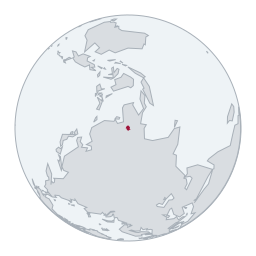 Phôngsali highlighted on a globe, orthographic projection, rotated 205°
{"feature_id": "LAO-3291", "entity_name": "Phôngsali", "entity_type": "Province", "adm_level": 1, "iso_a3": "LAO", "parent_name": "Laos", "parent_adm1": "", "projection": "orthographic", "projection_center": [102.249, 21.683], "detail": "fine", "context": "on_globe", "style": "filled", "palette": "rose", "viewbox_px": 256, "rotation_deg": 205, "n_neighbors": 0, "source": "natural_earth", "source_scale": "10m", "svg_char_len": 10863}
<svg xmlns="http://www.w3.org/2000/svg" viewBox="0 0 256 256"><g transform="rotate(205 128 128)"><circle cx="128" cy="128" r="113" fill="#eef3f6" stroke="#a8b0b8"/><path d="M233.8,165.5L233.6,166.1L233.5,166.3L233.8,165.5ZM179.1,27.6L177.5,26.9L179.3,29.4L183.5,32.2L179.7,30.3L190.2,37.5L193.5,41.6L187.5,35.8L185.1,34.4L186.3,36.4L184.1,35.5L183.4,36.0L180.7,34.8L177.4,31.9L175.6,31.1L176.5,32.7L174.4,32.7L173.4,30.5L169.5,30.4L163.3,26.2L162.7,22.6L157.0,20.5L150.4,17.7L148.8,17.4L145.2,16.7L142.0,16.3L141.7,16.2L139.4,16.0L140.3,16.2L139.6,16.2L137.8,16.1L137.1,15.8L137.9,15.9L136.7,15.7L137.2,15.7L135.9,15.7L135.5,15.6L144.6,16.6L153.5,18.3L162.3,20.7L170.8,23.8L179.1,27.6ZM134.6,15.6L133.2,15.5L130.5,15.4L134.6,15.6ZM231.4,83.4L231.2,82.8L231.4,83.4ZM187.0,34.7L186.1,33.6L187.7,35.0L187.0,34.7ZM183.8,36.3L184.7,37.0L184.0,37.1L183.8,36.3ZM179.2,35.3L177.6,35.4L178.6,34.8L179.2,35.3ZM176.4,35.1L172.8,35.5L174.6,36.9L167.5,33.5L172.9,34.0L173.8,33.0L174.7,34.2L176.4,35.1ZM141.4,16.3L140.3,16.1L142.9,16.5L141.4,16.3ZM143.2,16.6L152.0,18.2L152.6,18.7L149.5,17.9L151.7,18.9L147.7,18.2L145.6,17.6L146.0,17.4L144.1,17.4L143.2,16.6ZM164.2,31.7L162.8,31.5L163.6,31.2L164.2,31.7ZM139.5,16.3L141.2,16.5L141.9,16.8L138.6,16.5L139.4,16.5L139.5,16.3ZM154.2,19.5L154.1,19.9L150.8,19.5L150.4,19.6L147.6,18.3L154.2,19.5ZM138.4,16.3L136.9,16.4L134.9,16.2L137.9,16.1L138.4,16.3ZM143.5,17.1L143.6,17.3L142.5,17.1L143.5,17.1ZM127.1,15.7L129.2,15.7L129.7,15.9L127.1,15.7ZM136.5,16.5L137.1,16.6L137.6,16.7L136.2,16.7L136.5,16.5ZM145.5,18.2L144.1,18.0L146.5,18.7L144.1,18.5L142.7,17.8L142.3,18.0L141.6,18.0L141.2,17.5L145.5,18.2ZM136.1,17.2L133.6,16.5L129.6,16.3L129.1,16.1L135.5,16.4L136.1,17.2ZM139.2,17.4L137.2,17.2L137.5,16.9L139.0,16.9L139.2,17.4ZM143.0,18.8L147.0,19.2L147.1,19.3L143.0,18.8ZM134.9,17.2L135.6,17.4L134.6,17.2L134.9,17.2ZM140.5,18.3L141.8,18.4L142.0,18.5L140.5,18.3ZM135.7,17.8L134.9,17.5L135.9,17.4L135.7,17.8ZM137.9,18.1L137.7,18.3L136.8,17.6L138.4,18.0L137.9,18.1ZM140.4,18.5L140.9,18.6L139.8,18.4L140.4,18.5ZM132.3,18.4L130.9,17.5L133.2,17.3L134.3,18.1L132.3,18.4ZM40.1,57.6L38.8,59.2L38.6,62.9L37.9,64.5L34.4,68.6L31.4,79.5L34.6,76.9L35.4,84.5L38.2,87.2L45.4,79.1L40.9,74.4L43.6,69.2L50.0,69.1L54.5,73.8L55.7,72.0L55.8,65.8L59.8,63.9L56.2,63.5L55.4,65.8L53.1,65.8L53.7,63.7L55.1,63.0L54.6,61.0L48.0,65.3L46.6,68.2L43.4,66.1L40.7,70.8L38.8,71.8L42.7,64.3L44.6,62.3L49.4,53.5L47.1,55.3L42.4,63.9L42.6,62.7L39.4,65.8L41.9,62.4L47.6,53.1L46.8,51.7L40.5,57.2L40.9,56.5L51.2,45.6L51.5,45.4L49.3,48.2L51.9,46.0L56.8,41.4L55.7,42.8L57.5,41.5L57.1,42.6L60.9,41.0L61.2,42.0L67.0,38.6L67.9,38.8L64.2,40.7L61.8,42.8L63.0,46.0L64.5,45.8L68.1,43.4L68.0,44.9L71.4,42.2L74.1,43.4L73.6,39.9L77.9,37.6L81.8,37.0L83.1,35.8L76.7,36.8L74.2,37.8L72.2,39.6L65.3,42.6L64.0,42.2L70.8,37.1L69.7,36.2L75.5,33.1L89.4,31.5L93.1,32.6L90.2,39.0L86.9,39.8L86.3,37.8L82.9,41.7L85.1,40.4L85.0,41.7L89.0,40.3L89.1,41.2L92.8,38.4L93.4,39.4L91.1,41.1L97.6,40.3L99.9,42.2L101.4,41.6L102.2,40.4L104.7,43.8L105.6,43.3L105.1,41.9L106.7,40.0L110.4,38.1L111.1,39.4L109.8,40.2L108.2,44.1L104.7,46.5L105.4,46.8L108.5,45.1L110.5,40.3L112.6,38.9L112.1,41.0L112.4,40.1L113.7,39.8L115.5,40.8L116.3,38.4L128.9,34.6L133.7,36.5L131.8,38.6L141.3,38.3L146.0,41.1L145.6,39.8L149.8,39.2L148.4,38.3L148.5,37.6L158.9,36.6L161.8,37.6L165.8,36.3L165.6,35.7L163.6,34.8L167.5,33.5L174.6,36.9L174.7,38.0L179.0,39.7L178.7,42.2L180.4,45.3L177.6,47.5L179.2,50.0L180.7,50.4L184.1,54.4L185.7,61.8L177.7,54.0L173.9,44.1L174.9,47.7L172.7,46.5L171.8,47.6L172.7,50.5L174.0,51.1L165.2,54.7L163.3,62.7L168.3,62.4L171.5,65.0L173.7,75.6L165.0,90.0L169.3,95.0L169.6,98.2L166.2,100.2L165.5,95.4L161.9,93.7L162.0,90.9L156.3,92.9L156.2,89.1L151.8,92.9L153.6,96.0L158.7,95.4L154.9,100.8L160.2,106.4L161.0,113.1L152.5,124.8L143.6,128.1L143.1,130.2L139.4,127.7L134.7,131.7L141.5,143.9L141.3,147.3L133.7,153.4L133.5,150.9L123.9,144.2L122.1,152.2L129.4,159.3L131.9,167.2L126.3,164.5L123.8,157.5L120.4,154.9L121.3,148.0L118.4,137.2L112.8,138.7L113.2,134.4L108.5,125.2L100.4,127.0L87.6,136.5L85.8,147.0L81.4,150.9L76.0,134.3L76.2,123.6L72.6,123.8L68.4,113.5L56.4,109.1L56.2,106.1L53.6,106.5L50.9,102.4L51.1,97.5L48.8,96.8L48.7,109.6L51.3,110.5L55.6,107.4L54.9,111.7L57.7,116.7L49.3,124.1L34.0,126.2L35.0,118.0L36.1,92.8L37.4,90.7L37.5,90.4L37.7,89.9L35.3,93.0L36.3,88.3L33.1,104.9L31.4,111.4L33.8,126.5L32.9,127.4L34.4,130.9L42.2,131.7L41.7,134.3L36.5,144.4L27.9,155.3L30.5,166.9L32.3,175.7L30.1,178.4L33.5,185.7L32.8,186.5L34.9,190.3L36.2,193.0L36.8,194.1L32.2,187.3L28.2,180.2L24.7,172.9L21.7,165.3L19.3,157.5L17.4,149.6L16.2,141.5L15.5,133.4L15.4,125.3L15.9,117.1L17.0,109.1L18.6,101.1L20.9,93.3L23.6,85.6L27.0,78.2L30.8,71.0L35.2,64.1L40.1,57.6ZM56.7,84.0L61.0,86.8L63.4,80.0L65.3,80.6L65.4,78.2L63.6,79.5L64.5,73.3L68.0,72.8L69.7,70.2L68.3,69.2L61.9,71.2L60.4,80.0L57.5,81.7L56.7,84.0ZM67.4,34.1L65.8,35.3L63.9,36.4L63.5,36.0L66.4,34.3L67.4,34.1ZM64.1,36.9L71.0,32.5L71.4,32.9L70.0,33.4L69.6,34.1L67.2,35.1L61.0,40.1L58.8,41.4L59.4,39.4L60.4,39.2L61.9,37.8L64.1,36.9ZM87.7,23.5L90.6,22.4L87.8,24.6L85.4,25.4L84.9,24.8L87.5,23.5L87.7,23.5ZM125.1,15.4L128.8,15.4L135.2,15.7L135.4,15.9L133.9,16.0L132.4,16.0L132.7,15.8L130.5,15.9L129.8,15.6L128.0,15.7L120.5,15.6L121.6,15.5L118.8,15.7L125.1,15.4ZM109.4,16.9L110.4,16.8L110.5,16.9L112.6,16.5L113.3,16.6L111.4,16.9L114.8,16.5L118.8,16.8L123.6,16.5L125.2,16.7L123.3,16.9L126.2,17.0L123.7,17.6L124.7,17.8L123.3,18.8L119.0,19.4L120.6,19.6L119.6,20.6L116.1,21.3L117.0,20.4L112.5,21.9L111.8,21.1L111.3,21.3L109.4,21.0L106.2,21.2L106.4,20.8L105.1,21.1L103.8,21.0L102.0,21.3L101.8,20.7L99.6,21.1L100.7,20.7L97.1,21.5L99.7,20.7L98.2,20.7L96.5,21.5L99.2,19.2L98.7,19.2L109.4,16.9ZM131.8,18.7L126.9,19.2L124.0,19.1L127.7,17.4L127.1,17.2L129.3,16.4L133.4,16.7L132.3,16.8L132.3,17.1L131.1,16.9L132.0,17.2L130.7,17.5L131.0,17.9L129.3,17.9L131.8,18.7ZM39.4,63.6L39.3,64.4L39.7,65.1L37.7,67.2L39.4,63.6ZM43.1,57.2L43.4,57.4L40.8,60.4L40.9,59.7L43.1,57.2ZM45.7,55.1L43.6,57.2L44.8,55.6L45.7,55.1ZM64.7,40.9L65.2,41.2L64.4,41.8L63.1,42.4L64.7,40.9ZM102.4,26.9L103.4,26.1L104.1,26.1L107.8,24.8L108.6,25.5L106.7,26.6L102.4,26.9ZM43.4,79.8L41.3,80.7L41.4,79.5L42.1,79.4L43.4,79.8ZM38.4,73.6L38.4,76.2L37.8,74.2L38.4,73.6ZM103.9,27.4L105.3,26.8L104.9,27.6L103.9,27.4ZM109.4,26.0L109.2,26.8L109.1,25.4L109.4,26.0ZM87.1,229.5L89.4,230.7L87.8,230.3L87.1,229.5ZM42.6,180.3L44.2,193.7L41.2,192.1L38.5,187.2L36.5,178.5L39.2,177.7L40.0,174.3L42.6,180.3ZM160.0,184.7L163.2,185.0L163.1,185.5L160.0,184.7ZM156.5,183.2L160.3,183.2L155.8,184.2L156.5,183.2ZM161.8,183.2L165.7,182.1L167.3,181.3L167.0,182.3L161.8,183.2ZM153.9,183.3L139.7,183.2L134.1,181.7L135.4,180.1L144.6,180.7L153.9,183.3ZM135.0,180.0L126.3,174.7L114.4,159.1L118.7,159.7L131.1,169.4L130.3,170.9L135.6,175.1L135.0,180.0ZM155.8,171.0L155.0,175.6L147.2,175.3L143.6,174.5L141.1,168.6L142.5,165.6L145.5,165.7L156.7,155.3L160.7,157.8L157.2,162.2L160.5,166.2L155.8,171.0ZM86.2,148.1L88.6,154.9L86.2,155.5L86.2,148.1ZM161.2,147.9L156.7,152.6L160.8,146.3L161.2,147.9ZM163.5,142.0L163.9,144.3L162.0,142.1L163.5,142.0ZM143.0,133.5L139.9,134.0L139.8,132.3L143.7,130.7L143.0,133.5ZM161.6,118.8L161.7,123.7L161.1,125.4L159.7,122.5L161.6,118.8ZM113.0,34.5L106.9,35.4L103.1,36.9L101.8,39.0L101.0,36.6L106.9,34.2L113.0,34.5ZM126.8,34.3L127.9,32.8L129.2,33.5L129.1,33.9L126.8,34.3ZM126.3,33.4L124.4,31.7L126.1,30.8L127.3,32.4L126.3,33.4ZM113.9,29.0L112.1,29.1L112.5,28.4L113.9,29.0ZM199.0,215.4L198.3,216.0L207.5,207.8L199.0,215.4ZM184.5,221.9L185.7,219.5L189.3,218.3L186.7,220.9L184.5,221.9ZM213.4,201.4L215.7,198.5L214.1,200.6L213.4,201.4ZM174.7,213.7L153.1,220.9L148.6,220.4L150.3,218.0L147.5,210.7L149.0,210.9L148.7,205.7L161.8,200.4L171.4,190.7L178.0,190.7L183.4,183.5L190.0,183.2L187.7,188.7L194.0,191.1L199.5,178.6L202.2,190.3L206.0,193.4L205.6,200.3L194.2,213.8L188.9,217.1L188.4,216.4L186.0,217.9L183.1,218.2L182.6,214.9L180.2,216.4L183.0,213.3L179.3,216.3L178.3,214.1L174.7,213.7ZM221.2,182.5L221.8,182.4L222.4,183.8L221.4,184.1L221.2,182.5ZM232.0,169.3L232.0,170.0L231.4,170.8L232.0,169.3ZM233.5,166.3L232.9,167.4L233.8,165.5L233.5,166.3ZM226.2,173.6L226.4,174.2L226.0,174.6L226.2,173.6ZM225.9,173.5L226.5,172.1L226.3,173.3L225.9,173.5ZM223.3,168.4L223.8,167.6L224.0,168.0L223.3,168.4ZM168.1,184.8L172.8,181.0L175.2,180.6L168.1,184.8ZM222.7,167.3L221.5,167.6L221.7,166.9L222.7,167.3ZM222.9,165.7L222.9,164.8L223.4,166.7L222.9,165.7ZM220.7,164.4L222.1,165.6L220.6,164.6L220.7,164.4ZM219.8,164.9L218.8,164.5L218.9,164.2L219.8,164.9ZM206.7,169.6L210.9,174.4L207.3,175.0L203.4,172.3L200.0,176.2L192.5,176.9L194.3,174.6L193.4,171.5L185.4,171.2L183.8,169.2L186.7,167.5L181.3,166.4L187.2,164.8L189.6,168.9L192.9,165.1L198.4,165.2L203.7,165.7L207.7,168.2L206.7,169.6ZM187.1,174.3L188.1,174.2L187.2,175.6L187.1,174.3ZM216.7,162.7L218.3,164.4L218.1,164.9L217.3,164.8L216.7,162.7ZM208.7,167.2L213.2,162.7L214.2,162.5L211.2,167.2L208.7,167.2ZM212.2,160.6L214.1,160.6L215.1,162.4L214.7,163.0L212.2,160.6ZM175.1,171.5L174.8,172.7L173.3,171.8L175.1,171.5ZM177.1,170.6L181.8,171.5L176.7,171.6L177.1,170.6ZM162.7,167.2L164.1,170.0L168.5,168.0L165.1,170.7L168.1,175.3L167.0,177.1L164.1,172.2L163.0,177.4L161.0,177.4L160.0,173.0L162.0,167.4L164.0,165.0L172.0,163.7L162.7,167.2ZM177.1,167.1L175.9,163.8L176.8,161.5L178.1,163.2L177.1,167.1ZM172.1,155.9L168.6,152.1L165.6,153.8L171.7,148.0L174.0,152.5L172.1,155.9ZM169.0,147.4L166.2,148.9L169.1,145.5L169.0,147.4ZM165.4,147.6L165.0,144.8L167.3,145.1L165.4,147.6ZM170.5,147.4L170.9,142.7L172.1,145.4L170.5,147.4ZM163.9,138.6L168.9,143.0L162.5,141.3L161.8,132.2L164.5,131.9L163.9,138.6ZM176.5,101.5L175.6,99.0L177.9,98.3L177.9,100.2L176.5,101.5ZM184.7,94.6L178.3,97.4L173.0,99.9L174.8,101.0L174.0,105.4L171.0,101.5L174.4,96.6L178.5,95.4L178.7,91.9L181.5,89.3L180.3,85.0L181.3,83.0L183.7,86.7L184.7,94.6ZM179.5,83.2L178.4,75.7L183.0,76.5L184.2,78.3L182.8,81.3L180.5,80.7L179.5,83.2ZM179.5,74.2L177.2,73.6L170.8,63.3L170.5,61.4L177.9,69.2L176.1,69.1L176.9,71.7L179.5,74.2ZM163.5,32.1L162.9,31.5L164.1,32.0L163.5,32.1ZM147.7,37.1L148.1,36.3L149.5,36.8L147.7,37.1ZM149.9,34.5L148.0,34.5L149.7,34.0L149.9,34.5ZM143.8,34.7L147.1,34.2L144.3,35.5L143.8,34.7Z" fill="#d9dde1" stroke="#a8b0b8" stroke-width="1"/><path d="M127.1,126.4L127.2,126.6L127.3,126.6L127.5,126.5L127.8,126.6L127.8,126.8L128.0,126.9L128.1,127.0L128.3,127.1L128.3,127.3L128.4,127.5L128.5,127.5L128.7,127.8L128.7,128.0L128.8,128.0L129.0,127.9L129.0,127.7L129.1,127.8L129.1,128.0L129.3,127.9L129.3,128.0L129.2,128.3L129.1,128.5L129.2,128.4L129.2,128.5L129.1,128.8L129.2,129.0L129.0,129.3L128.9,129.3L128.7,129.4L128.6,129.5L128.4,129.6L128.2,129.5L128.2,129.4L127.9,129.3L127.7,129.2L127.4,129.0L127.2,128.9L127.0,128.7L127.0,128.4L127.1,128.2L127.1,127.9L127.1,127.7L126.9,127.5L126.8,127.4L126.8,127.2L126.7,127.2L126.8,127.1L126.7,127.0L126.7,126.9L126.8,126.8L126.9,126.7L127.0,126.4L127.1,126.4Z" fill="#f43f5e" stroke="#9f1239" stroke-width="1.5"/></g></svg>